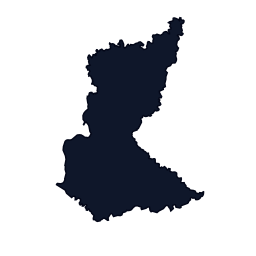 José Batlle y Ordóñez, Lavalleja, Uruguay (Robinson projection), rotated 343°
{"feature_id": "84410073B85755445847609", "entity_name": "José Batlle y Ordóñez", "entity_type": "district", "adm_level": 2, "iso_a3": "URY", "parent_name": "Uruguay", "parent_adm1": "Lavalleja", "projection": "robinson", "projection_center": [-55.068, -33.521], "detail": "fine", "context": "isolated", "style": "filled", "palette": "ink", "viewbox_px": 256, "rotation_deg": 343, "n_neighbors": 0, "source": "geoboundaries", "source_scale": "gbopen_adm2", "svg_char_len": 5830}
<svg xmlns="http://www.w3.org/2000/svg" viewBox="0 0 256 256"><g transform="rotate(343 128 128)"><path d="M43.1,161.3L49.8,169.0L50.2,172.4L53.8,178.0L55.3,177.2L56.5,177.5L57.5,178.7L56.5,181.2L57.8,181.4L58.9,180.7L60.4,180.6L61.8,182.2L61.4,183.5L60.7,184.6L59.7,185.2L59.4,186.4L59.8,187.6L60.6,187.6L61.8,186.8L62.2,188.1L61.5,189.2L62.2,189.6L64.9,188.7L65.9,189.3L65.9,190.4L64.0,191.2L64.0,192.0L64.5,192.8L64.2,194.3L65.2,194.8L66.3,193.8L67.0,194.2L67.1,196.0L68.3,197.3L68.4,198.9L69.9,201.8L68.4,204.2L68.2,205.5L70.0,206.3L70.3,207.3L71.3,208.3L74.2,208.6L74.8,207.9L76.3,207.8L77.9,207.0L79.3,207.5L81.5,210.3L82.3,210.4L82.7,207.9L86.1,205.0L87.1,204.9L87.8,205.6L88.3,208.4L92.5,208.5L95.0,209.5L96.7,209.3L98.2,207.3L98.9,207.1L99.3,207.4L101.4,207.3L102.7,206.3L103.5,206.9L105.8,207.3L107.3,207.1L109.8,205.5L112.2,204.6L114.3,205.1L117.5,207.5L117.7,208.5L117.0,209.0L117.2,209.9L121.7,210.0L124.1,209.2L125.4,210.0L125.0,213.2L125.6,214.8L127.0,214.7L131.0,217.3L133.4,216.3L138.3,215.4L141.4,213.3L142.6,213.4L143.8,214.4L144.0,216.1L144.6,217.0L144.7,219.8L147.8,218.3L147.7,215.7L148.6,215.0L150.0,214.9L150.8,215.3L150.8,217.8L154.2,219.6L155.4,219.4L155.5,218.5L156.5,217.8L163.0,217.4L163.9,216.9L164.1,216.1L166.7,214.9L166.9,213.9L167.6,213.2L168.7,213.0L169.4,214.0L171.3,214.4L171.8,215.1L171.8,216.2L173.0,216.7L174.5,216.8L176.2,216.3L177.4,215.0L179.0,215.0L179.8,214.5L180.7,213.4L181.6,211.2L181.4,211.0L179.7,211.7L177.6,210.8L176.7,211.6L174.1,210.2L173.8,208.1L172.3,206.9L169.3,205.6L168.6,203.7L166.2,201.7L166.5,200.0L165.7,198.1L165.7,196.7L162.7,195.9L162.7,194.9L164.1,192.4L164.2,191.3L161.8,191.0L161.1,190.1L160.4,188.5L161.3,185.4L160.6,184.3L159.3,183.6L157.5,183.3L156.0,182.3L155.4,181.6L156.3,179.4L155.1,178.7L153.6,179.7L153.2,179.5L152.5,177.0L151.6,175.6L149.7,176.2L148.5,175.1L147.4,175.7L146.5,174.8L146.5,173.8L147.3,171.9L147.0,171.1L144.3,169.9L143.9,169.2L144.8,165.8L144.4,165.2L143.3,164.9L141.2,164.9L141.0,164.0L139.1,163.2L138.9,162.6L140.0,161.9L140.2,161.2L139.7,160.0L140.1,158.1L138.4,157.6L137.8,156.0L136.2,154.5L136.3,153.6L133.7,151.5L133.7,150.3L132.2,148.9L131.3,145.9L132.1,144.9L131.9,143.9L131.0,143.3L130.7,141.9L131.3,140.7L129.6,138.6L129.4,135.9L130.0,135.4L129.9,134.5L131.5,132.7L136.1,132.5L136.4,131.7L137.7,131.5L142.5,126.5L142.9,124.8L142.7,123.3L143.0,122.5L144.9,122.1L145.4,121.0L146.3,120.6L147.0,121.4L148.4,122.2L150.3,122.3L151.2,122.0L152.6,123.1L153.9,122.9L153.7,122.1L153.9,121.4L156.2,121.0L158.8,119.0L160.1,119.9L161.7,120.1L163.0,119.6L163.0,118.4L162.2,117.3L162.2,116.5L163.2,115.5L165.2,115.6L166.2,115.0L166.2,113.6L165.2,111.9L166.1,111.2L166.5,110.4L165.7,109.4L166.7,108.4L168.7,108.7L169.4,107.6L168.8,105.9L168.9,105.1L168.4,104.1L168.7,102.0L173.0,101.4L173.3,99.8L175.8,99.3L176.2,96.2L178.4,92.5L179.2,90.0L181.7,86.6L180.6,84.6L180.8,83.5L183.4,81.0L186.9,80.7L188.6,79.0L189.7,78.8L191.9,79.5L193.2,78.5L194.2,77.1L194.6,75.6L194.5,74.1L194.8,72.5L195.7,71.2L195.9,68.9L197.8,68.6L199.6,66.3L198.9,64.9L198.7,62.6L200.5,59.2L202.6,58.2L203.1,57.5L203.1,55.7L202.4,53.9L202.9,53.6L204.0,53.7L206.0,55.0L207.0,54.9L207.8,54.4L208.2,53.7L207.4,52.9L207.4,51.8L208.4,50.5L208.3,47.0L209.0,46.5L209.1,44.1L211.0,44.1L212.2,43.3L212.9,42.0L212.5,41.1L211.3,40.8L210.2,39.7L210.8,38.3L209.9,37.7L209.2,38.5L209.2,39.4L208.4,40.3L207.8,39.0L205.7,37.1L204.2,36.2L203.3,36.3L202.8,37.9L202.0,38.8L198.7,38.6L197.5,39.1L199.2,40.6L197.7,43.2L198.4,44.8L197.8,45.9L195.7,45.8L195.2,46.1L195.1,47.0L195.5,49.0L195.2,50.0L194.3,49.6L193.2,47.3L192.0,46.8L190.4,46.9L189.3,47.5L188.9,48.2L186.1,48.9L183.1,46.8L180.9,47.2L180.0,46.6L178.9,46.6L178.1,47.9L178.5,49.3L178.4,50.5L177.5,51.6L176.9,53.7L176.1,54.2L175.5,54.1L173.9,52.9L173.5,51.7L172.5,51.3L171.7,52.0L171.0,53.7L169.7,55.3L169.7,57.0L168.2,57.9L165.9,57.5L165.0,55.9L163.2,54.1L163.7,52.9L164.6,52.8L166.3,53.8L167.3,53.1L167.3,52.6L166.2,51.3L166.0,50.5L164.8,49.2L163.1,49.2L162.1,49.7L160.5,49.4L157.4,50.1L154.9,49.0L154.5,49.6L153.6,49.8L152.9,49.3L152.8,48.2L152.2,48.1L149.4,50.3L148.1,50.5L147.6,48.9L148.3,46.6L148.1,44.1L147.8,42.5L147.3,42.0L146.0,41.9L144.9,43.7L142.9,44.8L143.0,45.5L144.6,45.9L144.1,48.0L142.9,47.8L140.7,45.8L139.5,46.0L139.2,45.4L139.6,44.6L139.3,44.1L138.1,43.0L136.5,42.8L135.3,41.5L134.9,42.2L135.5,43.8L135.0,44.4L134.7,46.5L134.3,47.0L131.5,47.4L130.8,46.7L130.0,46.6L128.0,47.3L126.9,46.8L126.0,45.0L124.0,45.2L123.2,46.2L121.8,45.4L121.5,44.3L120.9,44.0L120.0,44.9L120.7,45.9L120.9,46.8L118.8,47.6L119.0,48.8L118.1,49.0L117.3,48.0L116.1,47.7L115.6,48.7L114.4,49.5L114.3,50.2L114.0,50.3L113.1,49.3L112.9,48.2L112.2,46.9L111.6,47.1L110.2,48.8L110.0,50.9L110.6,52.0L109.7,53.2L109.8,54.2L109.6,55.1L110.1,56.9L109.3,57.0L108.1,56.5L107.4,56.8L106.4,56.8L105.8,58.1L106.6,59.0L106.5,60.8L107.9,61.3L108.1,62.6L106.3,64.3L105.8,65.2L106.0,66.4L105.8,66.9L106.9,66.9L107.5,67.5L107.9,69.8L108.4,70.7L108.0,71.2L108.0,73.2L107.6,73.3L107.4,74.2L106.5,74.7L106.3,75.4L107.8,75.9L108.6,77.7L109.5,78.1L110.9,79.6L109.9,82.5L109.5,82.9L109.7,84.1L108.6,85.1L108.5,85.7L107.0,85.7L106.9,85.1L105.5,85.1L104.8,85.5L104.5,84.6L103.6,84.0L103.8,83.5L103.0,83.1L102.6,83.5L101.7,83.1L101.2,83.4L99.8,86.0L98.4,85.8L98.3,86.5L97.6,87.4L96.9,92.2L97.0,93.8L96.0,95.6L95.6,98.1L92.2,99.6L90.3,100.9L88.6,103.0L87.6,106.8L88.2,108.2L88.3,109.4L87.9,110.2L86.5,111.5L86.7,111.9L89.1,109.9L89.7,109.9L91.1,113.4L91.2,115.1L90.6,120.2L91.2,122.7L88.2,125.5L87.0,125.3L86.1,125.6L85.3,124.7L83.6,124.3L83.3,123.3L81.2,121.0L79.5,120.3L77.4,119.9L71.1,122.6L69.5,122.7L66.6,121.7L65.5,121.7L64.0,122.4L60.9,126.8L59.5,130.2L60.1,136.3L59.6,139.9L56.7,145.5L57.0,146.1L55.8,149.4L55.7,153.1L52.6,158.2L52.5,159.2L50.8,161.0L49.5,161.7L47.3,161.7L44.3,160.4L43.6,160.7L43.1,161.3Z" fill="#0f172a" stroke="#020617" stroke-width="1.5"/></g></svg>